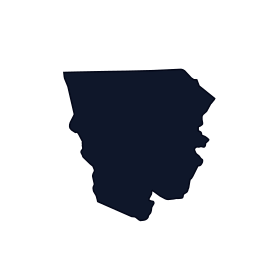 an SVG outline of As Suwayda', rotated 212°
{"feature_id": "SYR-143", "entity_name": "As Suwayda'", "entity_type": "Province", "adm_level": 1, "iso_a3": "SYR", "parent_name": "Syria", "parent_adm1": "", "projection": "orthographic", "projection_center": [36.682, 32.769], "detail": "fine", "context": "isolated", "style": "filled", "palette": "ink", "viewbox_px": 256, "rotation_deg": 212, "n_neighbors": 0, "source": "natural_earth", "source_scale": "10m", "svg_char_len": 3135}
<svg xmlns="http://www.w3.org/2000/svg" viewBox="0 0 256 256"><g transform="rotate(212 128 128)"><path d="M211.8,141.1L200.4,148.6L175.7,164.7L159.6,175.1L137.4,189.7L114.1,205.8L112.3,206.4L110.2,206.4L100.9,203.9L97.8,203.8L95.2,205.3L90.0,201.3L70.1,198.9L70.0,197.8L70.6,192.9L70.8,192.5L70.3,184.1L70.4,183.4L71.4,180.0L71.6,179.4L71.7,177.9L71.5,177.3L71.2,176.5L69.7,174.2L67.7,172.0L67.0,170.9L67.0,170.4L67.1,169.9L67.8,168.1L68.8,166.8L68.9,166.6L68.7,165.5L67.0,162.9L64.6,163.1L64.3,163.1L64.0,163.0L63.5,162.8L62.9,162.3L62.6,161.9L62.0,161.2L61.7,161.1L61.3,161.0L61.0,161.0L58.2,161.5L56.0,161.4L53.6,161.0L53.3,160.7L53.3,160.2L53.4,159.1L53.6,158.5L54.0,157.2L54.2,156.6L54.1,156.1L53.2,154.1L53.1,153.3L53.3,152.4L53.6,152.1L53.9,151.9L55.7,151.3L56.3,151.1L56.5,150.9L56.7,150.7L57.4,149.9L57.6,149.7L58.1,149.3L59.2,148.8L59.6,148.5L60.0,148.1L60.1,147.8L60.3,147.6L60.6,146.3L60.6,145.5L60.3,145.0L59.6,144.2L57.7,142.9L56.8,142.4L56.1,142.2L53.2,141.9L52.6,141.7L50.4,140.8L50.0,140.7L49.7,140.6L49.0,140.6L48.3,140.5L47.9,140.3L47.7,140.1L47.5,139.7L47.1,139.0L46.9,138.5L46.8,138.1L46.7,137.0L46.7,136.3L46.8,135.2L47.2,134.3L48.7,132.9L47.6,121.4L47.6,118.6L47.9,118.2L48.0,118.1L48.1,117.5L47.6,115.7L45.0,109.5L44.7,107.8L44.3,106.5L44.2,105.5L44.2,105.1L44.3,104.8L44.5,104.2L45.7,101.8L45.7,101.5L45.8,101.2L45.7,100.8L45.7,100.5L45.6,100.2L45.5,99.9L45.1,99.1L45.0,98.5L44.9,98.2L44.9,97.8L45.2,97.3L45.7,96.8L48.1,95.0L49.8,94.0L51.8,92.1L56.2,88.7L57.3,88.2L58.8,87.8L64.7,87.4L73.2,88.0L73.9,87.9L74.2,87.9L74.3,87.6L74.4,87.1L74.1,86.2L73.4,84.9L73.2,84.3L73.1,84.0L73.1,83.6L72.9,79.5L72.7,78.9L72.6,78.7L72.4,78.4L72.2,78.2L71.6,78.0L71.3,78.0L70.6,78.1L70.3,78.1L68.0,78.9L67.8,79.0L67.6,79.0L67.3,78.9L67.1,78.8L66.8,78.6L66.6,78.4L66.3,78.0L66.2,77.7L66.1,77.4L66.0,74.7L66.0,74.0L65.9,73.4L65.7,72.7L64.7,70.6L64.3,69.4L64.0,68.2L64.0,67.8L64.0,67.2L64.2,66.3L64.3,65.2L64.3,64.8L64.2,64.2L63.9,63.3L63.8,63.0L63.7,62.6L63.8,62.1L63.9,61.3L64.2,60.5L64.6,59.7L65.3,58.8L66.2,58.0L68.6,56.1L69.2,56.1L70.1,56.0L74.2,56.5L75.3,56.3L78.1,54.9L114.6,49.6L114.8,49.7L116.1,51.1L116.8,51.7L118.0,52.9L119.2,53.9L123.4,56.1L123.9,56.5L125.5,58.3L126.1,59.4L126.2,60.0L126.5,62.0L126.8,62.6L127.1,63.0L132.2,68.2L132.5,68.6L132.7,69.0L132.9,69.5L133.3,71.0L133.4,72.5L133.5,73.2L133.7,73.8L133.8,74.1L133.9,74.3L134.3,74.8L137.3,77.0L137.8,77.2L140.3,77.5L141.1,77.6L150.5,79.6L151.2,80.0L151.5,80.2L151.8,80.6L152.6,81.1L154.3,82.1L154.7,82.4L154.9,82.6L155.1,82.9L155.2,83.1L155.3,83.4L155.4,83.7L155.4,84.0L155.4,84.5L155.3,85.1L155.3,86.1L155.3,86.3L155.4,86.5L155.6,87.0L156.0,87.5L156.3,87.9L156.4,88.1L156.5,88.1L156.7,88.3L157.1,88.7L157.3,88.9L157.5,89.4L157.6,89.7L157.8,89.9L157.9,90.1L158.0,90.3L158.3,90.7L158.7,91.0L158.9,91.4L159.2,92.4L166.5,96.7L168.4,97.5L168.7,97.5L169.2,97.3L169.5,97.1L169.7,96.9L170.1,96.5L170.8,96.4L174.9,96.5L177.2,97.3L178.2,98.3L178.8,99.3L179.1,99.8L179.3,100.4L179.8,102.1L180.5,110.0L180.6,110.6L180.7,110.9L180.7,111.0L181.1,111.6L200.9,131.4L208.0,136.5L209.3,137.9L211.8,141.1L211.8,141.1Z" fill="#0f172a" stroke="#020617" stroke-width="1.5"/></g></svg>